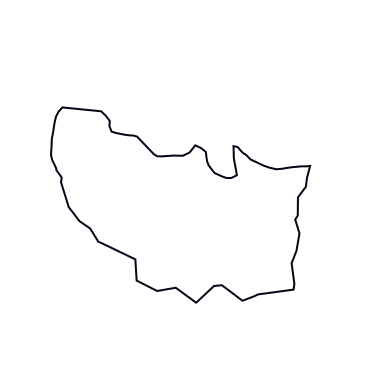 Ika, Akwa Ibom, Nigeria, rotated 65°
{"feature_id": "59680162B87230656090923", "entity_name": "Ika", "entity_type": "district", "adm_level": 2, "iso_a3": "NGA", "parent_name": "Nigeria", "parent_adm1": "Akwa Ibom", "projection": "mercator", "projection_center": [7.523, 5.022], "detail": "fine", "context": "isolated", "style": "outline", "palette": "ink", "viewbox_px": 384, "rotation_deg": 65, "n_neighbors": 0, "source": "geoboundaries", "source_scale": "gbopen_adm2", "svg_char_len": 1234}
<svg xmlns="http://www.w3.org/2000/svg" viewBox="0 0 384 384"><g transform="rotate(65 192 192)"><path d="M218.3,73.9L217.2,77.2L215.2,81.5L212.1,90.0L210.1,96.4L209.0,100.6L207.0,106.0L202.9,111.3L198.7,115.6L192.4,120.9L187.2,125.2L181.0,127.4L177.8,129.5L170.5,131.7L168.0,135.0L179.3,139.9L195.8,144.2L195.9,150.6L193.8,154.9L190.7,158.1L184.5,163.4L180.3,164.5L175.0,165.6L170.9,165.4L166.3,164.1L161.6,162.5L155.8,165.4L153.5,167.3L151.1,169.3L155.2,177.5L155.3,184.9L151.2,193.4L149.1,198.7L147.1,204.0L145.8,206.7L145.0,208.3L142.2,210.2L141.9,210.5L118.5,218.4L116.0,221.4L113.5,226.0L110.9,229.8L106.3,236.1L103.3,239.4L97.4,239.0L92.8,236.5L86.9,237.8L80.5,240.2L60.6,273.7L62.8,279.0L63.0,279.2L66.0,283.2L71.3,287.4L74.0,289.2L77.6,291.6L85.0,296.8L91.3,300.0L98.7,304.1L104.0,305.2L108.2,305.1L113.4,305.1L114.6,305.7L123.8,304.0L127.9,306.6L153.6,310.1L170.9,306.3L182.1,299.7L197.6,297.9L198.6,296.8L228.8,272.1L229.1,271.8L248.9,279.6L267.0,265.4L271.9,247.2L294.1,235.0L286.5,211.8L289.1,204.3L311.9,192.2L312.8,179.3L312.7,175.5L323.4,141.2L318.4,138.0L298.6,131.8L289.5,122.2L275.0,112.1L260.6,110.1L258.1,106.1L241.6,98.2L235.4,86.6L227.8,81.8L218.3,73.9Z" fill="none" stroke="#020617" stroke-width="2"/></g></svg>